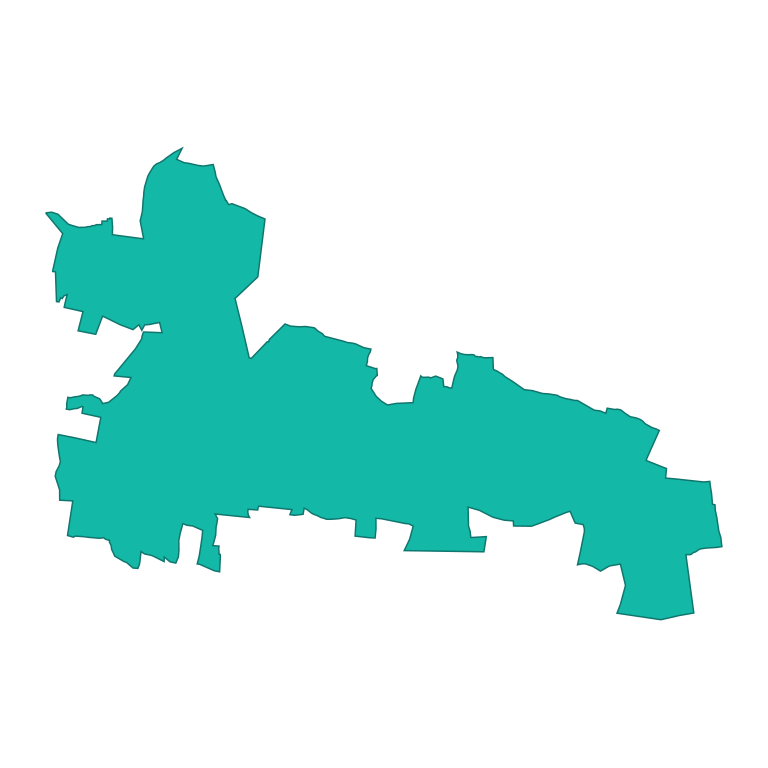 Hoctún, Yucatán, Mexico (Albers equal-area conic projection)
{"feature_id": "50627088B43977727646582", "entity_name": "Hoctún", "entity_type": "district", "adm_level": 2, "iso_a3": "MEX", "parent_name": "Mexico", "parent_adm1": "Yucatán", "projection": "albers", "projection_center": [-89.168, 20.886], "detail": "fine", "context": "isolated", "style": "filled", "palette": "teal", "viewbox_px": 768, "rotation_deg": 0, "n_neighbors": 0, "source": "geoboundaries", "source_scale": "gbopen_adm2", "svg_char_len": 5394}
<svg xmlns="http://www.w3.org/2000/svg" viewBox="0 0 768 768"><path d="M693.8,613.0L685.9,554.7L690.8,554.6L693.4,552.5L695.5,551.9L699.6,549.1L705.6,548.1L716.8,547.4L721.9,546.6L721.0,539.6L720.9,537.7L718.8,531.0L716.8,517.5L715.3,510.3L715.0,504.8L712.5,504.3L712.1,499.9L711.5,493.1L710.6,487.9L709.8,481.4L703.9,482.0L673.1,478.7L665.6,478.1L666.5,468.6L646.2,460.5L646.7,458.7L659.3,430.5L656.5,429.1L651.6,427.4L645.1,423.7L643.1,421.5L640.5,419.6L636.7,418.1L633.3,417.3L631.7,417.1L629.9,416.5L625.1,413.3L620.6,409.8L617.1,409.2L614.9,409.5L607.2,408.2L605.8,413.3L600.0,410.9L594.3,410.2L577.5,400.5L574.4,400.4L570.6,399.5L565.2,398.5L559.9,396.8L557.2,395.3L554.3,394.8L548.5,393.9L542.6,393.5L532.3,390.6L524.3,389.7L512.5,381.4L504.9,376.6L502.4,374.2L499.4,372.6L497.2,371.1L493.6,369.6L493.3,368.4L492.9,357.6L483.9,357.8L480.5,356.6L479.1,357.0L477.1,356.5L475.4,356.5L474.2,355.0L472.3,354.6L468.4,354.7L465.3,354.6L461.4,353.9L457.2,352.1L457.8,355.1L457.7,357.7L456.7,360.3L458.0,366.1L457.4,369.7L454.6,376.2L453.8,379.2L451.8,388.0L449.5,387.9L447.0,386.8L443.8,386.6L442.9,378.9L435.7,376.1L434.9,376.4L430.7,377.9L429.0,377.2L422.4,377.3L420.8,375.9L415.8,389.6L413.6,398.1L413.1,402.7L396.4,403.4L387.5,405.0L381.7,401.4L376.2,396.4L371.1,388.3L371.7,386.6L372.3,382.5L373.3,379.4L374.3,378.3L376.1,376.2L377.3,375.4L376.8,368.5L375.1,368.6L372.9,367.8L366.3,365.7L367.4,361.5L367.6,357.7L368.8,354.4L370.3,351.8L370.9,349.1L364.4,347.8L362.7,347.2L356.1,344.1L354.9,343.7L351.6,343.0L347.2,342.5L343.8,341.3L334.2,338.8L324.6,336.3L322.4,333.7L318.2,331.2L316.9,330.2L316.1,329.2L315.9,329.1L315.6,328.9L314.3,327.8L305.7,326.5L299.3,326.8L290.5,326.1L285.0,324.0L269.4,339.4L268.5,341.9L267.2,341.8L251.3,358.4L249.2,357.8L242.2,327.5L235.7,301.1L235.0,298.5L257.8,276.9L265.0,219.0L257.4,215.8L251.1,212.5L245.2,208.7L232.0,203.7L229.8,204.3L228.5,204.5L226.2,200.3L225.3,200.1L225.2,199.0L223.7,195.8L219.4,184.3L216.0,176.7L215.1,171.8L213.2,164.5L203.7,166.1L197.9,165.4L188.7,163.3L184.1,162.7L176.6,159.3L182.1,148.3L174.1,152.5L166.2,158.0L164.1,159.9L159.8,162.6L156.7,163.8L154.1,165.9L152.7,167.8L149.4,173.2L147.8,176.2L146.9,179.3L144.6,187.0L143.8,192.7L143.7,195.3L143.4,198.1L142.9,202.2L143.0,203.0L142.4,210.5L142.3,211.9L140.2,220.8L143.6,238.6L143.3,238.7L143.2,238.8L118.9,235.6L112.4,234.7L112.6,226.2L112.4,225.3L112.3,223.5L111.9,218.3L109.8,218.1L109.7,219.0L107.5,218.8L107.2,221.1L102.0,221.1L101.8,224.6L96.2,224.7L94.9,225.5L92.0,225.7L90.3,226.6L88.1,226.6L85.2,227.3L78.6,227.4L71.5,225.3L68.3,224.2L57.9,214.2L51.7,212.2L46.2,212.8L46.1,213.5L62.7,233.6L57.7,248.3L52.7,270.9L52.7,271.5L55.5,271.8L56.5,301.6L59.0,301.9L60.8,297.7L62.2,298.6L63.9,295.9L67.1,294.6L64.6,305.2L64.2,307.4L83.0,311.6L78.5,329.3L78.1,330.8L95.7,334.3L102.6,316.1L120.1,324.7L133.0,329.6L138.9,324.8L141.8,330.3L144.7,324.9L149.4,324.5L153.8,323.6L159.6,322.5L162.1,332.7L143.5,332.0L142.0,336.4L141.9,338.3L141.0,340.0L135.3,349.0L114.8,373.8L114.1,375.9L131.0,377.5L127.6,384.7L120.7,390.9L119.3,393.1L117.0,395.6L108.6,402.3L102.6,403.6L102.6,403.3L101.0,400.7L100.0,399.2L99.5,398.7L94.1,396.4L92.7,395.0L89.8,394.9L88.8,395.3L84.0,395.1L83.0,394.9L79.0,396.3L74.3,396.9L70.4,397.8L67.9,397.3L66.7,403.6L66.8,407.4L66.3,409.1L69.8,409.7L74.1,408.7L75.9,408.6L77.7,408.3L81.5,406.6L83.0,406.8L82.0,413.2L100.3,417.2L100.8,417.4L97.5,434.8L96.3,441.3L96.0,442.6L95.4,442.4L77.0,438.3L58.2,434.5L57.6,437.9L57.5,440.4L57.6,441.6L57.8,444.9L58.3,448.8L59.5,456.8L59.5,457.1L60.4,461.6L59.1,466.0L56.2,471.4L55.2,476.2L59.6,489.8L59.7,500.2L72.8,500.9L67.5,535.5L73.4,537.2L75.3,536.1L83.8,536.7L90.1,537.5L92.8,537.7L98.4,538.2L102.2,538.0L103.7,537.7L105.4,539.2L105.5,539.2L108.8,540.3L109.4,540.3L109.5,542.3L111.1,545.4L111.7,549.6L112.9,551.9L114.7,556.1L123.7,561.4L126.6,562.5L133.0,568.0L137.9,568.4L139.5,564.1L140.0,560.8L141.0,551.6L144.7,554.0L150.7,555.2L153.2,556.1L164.1,561.6L164.3,557.0L170.0,561.8L175.8,563.1L178.4,556.8L179.0,549.4L178.9,548.6L178.8,540.3L180.2,533.3L181.8,527.6L182.8,523.6L186.7,525.2L192.8,526.0L202.7,530.4L202.0,537.4L200.7,546.7L199.2,556.2L197.2,563.9L199.9,564.4L213.7,570.5L215.3,571.0L219.6,571.8L220.4,555.7L220.2,554.4L219.0,554.2L219.0,552.1L218.7,548.5L219.0,546.1L212.8,545.6L214.2,540.9L215.7,535.1L216.1,526.7L216.6,524.8L217.6,518.6L215.1,514.0L215.7,514.1L216.0,514.1L216.9,514.2L249.6,517.5L248.3,514.9L247.8,512.0L248.1,509.3L257.7,510.0L258.0,507.9L258.8,506.2L289.2,509.3L292.0,509.6L291.8,510.4L291.2,511.3L289.9,514.7L294.6,515.3L303.1,514.3L304.1,508.2L307.1,509.6L311.2,512.9L313.2,514.1L317.7,515.8L320.9,517.5L323.9,518.3L326.2,519.2L329.2,519.3L331.6,519.2L336.5,518.9L339.4,518.6L344.8,517.6L350.7,518.5L356.1,520.0L355.1,536.1L369.1,537.7L375.1,538.0L376.0,528.9L375.9,518.3L381.7,518.8L405.6,523.6L408.7,523.8L413.2,526.1L409.6,539.3L404.2,550.6L483.9,551.8L486.3,536.6L477.1,537.2L470.8,537.5L470.1,531.2L468.5,526.0L468.1,507.1L479.3,510.3L493.1,517.3L504.3,520.2L513.3,520.9L513.6,526.0L531.5,526.2L537.4,524.1L549.3,519.6L555.5,516.8L566.4,512.4L570.1,511.3L574.4,521.3L575.3,523.1L583.2,524.6L584.3,528.5L584.4,531.6L580.1,553.1L577.5,564.8L582.3,563.8L585.7,563.9L592.7,566.4L600.5,571.1L609.0,566.2L610.3,565.8L619.3,564.3L620.4,564.2L620.7,565.4L625.5,585.4L620.3,604.7L617.0,613.2L660.9,619.7L679.3,615.5L693.8,613.0Z" fill="#14b8a6" stroke="#0f766e" stroke-width="1.5"/></svg>